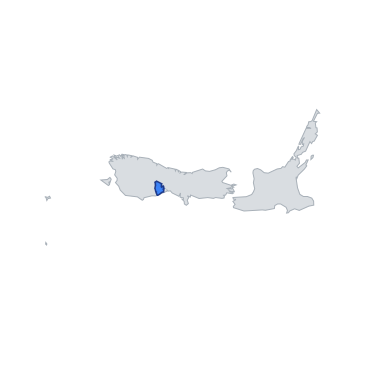 Waimate District, Canterbury, New Zealand shown in context, rotated 55°
{"feature_id": "76426892B45923139634861", "entity_name": "Waimate District", "entity_type": "district", "adm_level": 2, "iso_a3": "NZL", "parent_name": "New Zealand", "parent_adm1": "Canterbury", "projection": "equal_earth", "projection_center": [170.93, -44.627], "detail": "fine", "context": "in_parent", "style": "filled", "palette": "blue", "viewbox_px": 384, "rotation_deg": 55, "n_neighbors": 0, "source": "geoboundaries", "source_scale": "gbopen_adm2", "svg_char_len": 5788}
<svg xmlns="http://www.w3.org/2000/svg" viewBox="0 0 384 384"><g transform="rotate(55 192 192)"><path d="M200.4,161.4L201.8,161.5L208.5,156.5L211.2,155.4L211.9,155.3L210.4,156.8L210.7,157.9L209.2,161.3L210.5,160.7L211.3,158.4L212.2,157.9L211.9,156.6L215.8,157.0L214.4,159.4L212.3,160.8L213.6,160.9L216.6,158.4L216.6,159.9L212.6,164.0L213.8,166.2L212.8,168.0L213.9,167.8L215.3,169.2L214.4,171.1L210.1,175.8L209.5,178.1L205.6,182.3L201.4,189.9L193.7,194.9L195.1,196.2L192.4,198.0L194.6,197.7L196.0,200.6L199.4,201.6L199.6,204.3L197.4,205.1L195.2,203.8L192.1,204.3L193.1,203.2L191.8,202.4L189.5,204.7L186.2,202.0L188.0,205.2L181.4,208.8L178.6,209.1L177.6,211.1L176.0,211.3L177.0,211.9L174.8,221.9L173.0,221.9L174.7,223.0L174.4,224.0L172.2,226.9L169.2,234.5L170.3,236.2L170.2,237.5L164.7,239.5L156.6,248.5L149.3,249.7L145.2,248.7L140.4,249.3L139.6,246.8L137.9,245.4L133.6,245.5L131.5,242.7L129.8,242.0L127.7,243.5L120.9,243.2L119.7,242.8L119.4,241.7L121.9,238.9L119.6,240.4L118.6,240.3L119.5,239.0L119.4,237.8L116.6,239.0L116.8,236.5L122.9,234.9L120.5,234.7L120.3,233.8L122.7,232.0L119.5,232.2L120.0,230.0L121.7,230.0L121.1,228.4L124.7,230.0L124.2,228.5L125.6,228.1L123.1,227.0L123.0,225.3L124.2,224.2L125.9,224.7L124.8,223.3L127.7,220.5L128.5,222.6L128.6,219.6L132.4,216.7L134.0,217.8L133.3,215.1L139.6,208.3L143.2,206.4L145.2,206.8L148.4,204.7L149.9,205.5L149.3,203.9L149.7,203.2L158.2,199.2L158.2,198.0L159.1,197.7L158.5,197.4L163.3,193.0L165.3,193.4L164.1,192.1L166.1,190.9L168.1,191.8L166.9,190.5L168.7,189.7L169.6,190.8L169.7,189.1L172.6,185.6L173.2,188.4L173.5,188.0L173.4,185.2L175.4,182.0L177.0,181.3L176.2,180.3L179.3,170.1L182.4,168.9L185.2,165.8L187.2,160.1L187.8,155.8L189.5,152.6L194.3,148.5L198.3,148.5L195.5,148.9L195.1,151.0L195.9,152.8L198.8,154.1L200.4,161.4ZM199.5,44.1L203.7,52.0L205.9,49.6L206.2,51.4L210.4,53.6L211.2,52.8L214.7,54.9L215.1,57.7L217.5,56.7L220.4,62.7L219.9,64.2L220.9,66.3L218.4,66.5L223.7,75.5L223.0,78.7L223.8,80.9L222.5,84.9L224.7,86.1L225.5,85.1L230.1,87.5L231.1,91.3L233.2,91.2L232.7,82.2L231.4,79.9L232.4,78.5L235.2,83.2L236.4,83.0L237.7,86.9L239.1,95.3L240.8,97.9L239.9,97.5L239.6,98.2L240.5,98.9L249.2,103.2L255.8,105.0L259.6,103.3L261.9,100.0L265.7,97.4L269.2,97.6L272.6,99.8L270.6,104.4L268.6,114.7L264.6,117.6L263.6,122.8L264.3,124.9L263.5,126.6L261.9,124.4L258.5,123.7L252.6,126.3L250.9,128.8L250.6,132.0L252.8,134.0L249.1,142.3L247.0,144.7L237.4,160.3L228.6,167.0L227.5,166.4L226.8,163.8L223.1,163.9L223.4,160.8L223.0,160.5L221.6,162.2L220.0,161.6L227.0,150.2L228.3,144.6L227.1,141.6L225.3,138.8L219.6,136.4L216.8,133.5L211.4,131.2L209.8,129.8L209.2,127.9L210.3,124.9L213.3,123.0L217.6,121.8L220.3,118.7L222.0,109.0L223.7,105.5L223.2,103.3L224.9,101.7L222.4,95.5L222.9,93.6L222.1,93.4L220.6,89.4L221.6,89.2L222.5,91.4L223.5,89.6L225.1,89.1L223.2,86.7L220.8,87.4L219.2,86.6L218.0,82.9L215.5,78.7L216.2,78.6L218.3,80.7L219.0,79.1L217.7,76.7L218.2,74.3L216.6,72.9L216.4,74.5L213.5,72.2L211.9,68.5L212.0,70.4L215.2,75.8L214.3,77.0L213.7,76.4L205.3,62.0L208.2,58.0L206.5,58.8L204.8,61.2L204.0,60.2L203.5,58.4L201.4,56.0L202.4,54.5L202.4,52.6L196.0,42.6L200.6,42.2L199.5,44.1ZM135.1,250.8L137.5,254.1L136.2,253.9L136.3,254.6L138.7,255.3L138.7,256.8L129.9,259.8L133.2,254.2L133.0,250.9L135.1,250.8ZM114.8,313.8L115.7,315.8L112.9,314.8L111.4,315.2L113.6,313.3L113.8,311.1L115.8,311.4L114.8,313.8ZM233.2,73.2L233.6,76.0L231.0,73.9L230.9,72.4L231.6,71.4L233.2,73.2ZM210.8,154.4L209.0,155.4L209.5,153.2L211.5,151.8L210.8,154.4ZM119.7,234.0L119.5,235.2L117.0,234.7L118.9,233.3L119.7,234.0ZM151.3,340.7L152.0,341.5L150.7,341.8L149.5,340.7L151.3,340.7ZM122.4,226.3L123.0,228.2L121.3,227.3L122.4,226.3Z" fill="#d9dde1" stroke="#a8b0b8" stroke-width="1"/><path d="M172.7,213.1L172.3,212.9L172.2,212.9L172.1,212.7L171.9,212.5L171.9,212.4L171.7,212.4L171.4,212.4L171.2,212.4L171.1,212.5L170.9,212.7L170.8,212.8L170.7,212.7L170.7,212.8L170.7,212.7L170.6,212.8L170.4,212.9L170.4,213.0L170.3,213.3L170.3,213.5L170.2,213.7L170.2,213.8L170.3,213.8L170.4,214.0L170.5,214.1L170.1,214.2L169.9,213.9L169.8,213.6L169.7,213.5L169.7,213.4L169.7,213.2L168.7,213.2L168.5,212.9L168.4,212.8L168.4,212.7L168.2,212.7L167.9,212.6L167.8,212.4L167.7,212.3L167.7,212.2L163.2,214.6L163.0,214.8L162.9,215.0L162.9,215.3L162.9,215.5L163.0,215.7L163.0,215.8L162.9,215.8L162.8,215.7L162.8,215.8L163.0,216.0L162.9,216.2L162.7,216.4L162.7,216.5L162.8,216.6L163.0,216.7L163.1,216.8L163.3,216.9L163.3,217.0L163.5,217.0L163.8,217.0L164.1,217.2L164.2,217.3L164.4,217.3L164.5,217.4L164.7,217.5L164.8,217.6L164.9,217.8L165.0,217.9L165.3,217.9L165.4,218.0L165.7,218.2L165.8,218.2L165.9,218.4L166.0,218.4L166.1,218.5L166.3,218.8L166.4,219.0L166.5,219.1L166.8,219.3L167.0,219.5L167.2,219.8L167.4,220.0L167.6,220.1L167.7,220.3L167.9,220.4L168.1,220.4L168.4,220.5L168.7,220.6L168.8,220.6L169.1,220.7L169.2,220.8L169.5,220.9L169.8,221.0L170.2,221.2L170.3,221.2L170.4,221.3L170.6,221.3L170.8,221.4L171.1,221.4L171.2,221.5L171.3,221.5L171.5,221.6L171.8,221.7L172.0,221.7L172.0,221.8L172.0,221.7L172.1,221.8L172.3,221.8L172.5,221.9L172.8,221.9L172.9,222.0L173.0,222.0L173.3,222.0L173.5,222.1L173.8,222.1L174.0,222.2L174.3,222.2L174.5,222.2L174.4,222.2L174.5,222.2L174.5,222.3L174.8,222.3L174.9,222.2L175.0,221.9L175.1,221.4L175.2,221.1L175.2,220.8L175.2,220.5L175.2,220.1L175.2,219.9L175.2,219.6L175.2,219.4L175.1,218.9L175.1,218.6L175.1,218.2L175.1,217.9L175.0,217.5L175.0,217.4L175.0,217.2L175.0,216.9L175.1,216.7L175.1,216.4L175.2,216.2L175.3,216.0L175.3,215.9L175.5,215.5L175.6,215.4L175.7,215.2L175.4,215.0L175.2,214.9L174.9,214.7L174.7,214.5L174.5,214.2L174.4,214.1L174.2,214.0L174.0,213.9L173.9,213.8L173.8,213.7L173.7,213.7L173.5,213.4L173.4,213.4L173.3,213.5L173.3,213.4L173.2,213.5L173.1,213.4L172.9,213.3L172.9,213.2L172.7,213.1Z" fill="#3b82f6" stroke="#1e3a8a" stroke-width="1.5"/></g></svg>